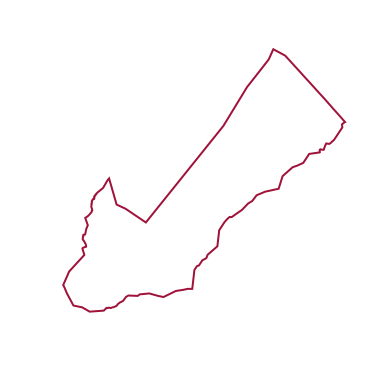 the district of Shinejinst, Bayanhongor, Mongolia, rotated 222°
{"feature_id": "93677404B41329539595641", "entity_name": "Shinejinst", "entity_type": "district", "adm_level": 2, "iso_a3": "MNG", "parent_name": "Mongolia", "parent_adm1": "Bayanhongor", "projection": "orthographic", "projection_center": [99.408, 43.736], "detail": "fine", "context": "isolated", "style": "outline", "palette": "rose", "viewbox_px": 384, "rotation_deg": 222, "n_neighbors": 0, "source": "geoboundaries", "source_scale": "gbopen_adm2", "svg_char_len": 3418}
<svg xmlns="http://www.w3.org/2000/svg" viewBox="0 0 384 384"><g transform="rotate(222 192 192)"><path d="M125.1,346.4L126.1,346.5L133.7,347.4L141.2,348.2L142.3,348.3L149.7,349.2L156.7,350.0L164.1,350.7L167.2,351.0L170.1,351.3L172.8,351.6L179.6,352.3L182.1,352.5L191.8,353.5L192.6,353.6L197.8,354.1L204.9,354.8L212.0,355.5L213.9,355.7L219.8,354.3L227.1,352.5L223.7,341.9L222.8,329.3L221.3,306.9L212.9,262.1L205.9,138.5L211.6,137.7L230.2,135.1L239.6,132.2L262.7,146.6L262.6,144.1L260.8,135.5L261.8,128.9L261.9,128.6L261.9,128.2L261.9,127.9L261.9,127.7L261.9,127.2L262.0,126.9L261.9,126.6L261.7,126.4L261.9,126.0L262.0,125.6L262.0,125.4L261.9,125.2L261.6,124.9L261.5,124.7L261.4,124.6L261.5,124.3L261.8,124.0L261.8,123.8L261.7,123.6L261.5,123.4L261.4,123.2L261.5,122.9L261.4,122.7L261.1,122.6L260.7,122.5L260.6,122.4L260.5,122.2L260.5,121.8L260.3,121.7L260.2,121.5L260.1,121.3L260.2,121.2L260.4,120.7L260.7,120.6L260.8,120.5L260.8,120.3L260.7,120.0L260.7,119.8L260.6,119.6L260.6,119.2L260.6,118.8L260.4,118.5L260.2,118.3L260.2,118.1L260.1,117.9L259.8,117.7L259.5,117.4L259.4,117.2L259.2,117.1L259.1,116.9L259.1,116.4L259.0,116.2L258.6,115.8L258.5,115.6L258.2,115.5L258.1,115.4L257.6,114.6L257.4,114.2L256.8,113.5L256.3,113.2L256.0,113.0L255.4,112.8L255.0,112.5L254.5,112.1L254.3,112.0L253.8,111.6L253.8,111.3L253.8,110.9L253.8,110.7L253.5,110.5L253.4,110.3L253.3,110.0L253.1,109.7L253.2,109.3L253.2,109.0L253.2,108.6L253.2,108.0L253.2,107.6L253.1,107.0L253.3,103.8L253.8,102.2L254.0,101.3L247.2,97.6L245.8,93.7L243.3,89.5L243.1,89.0L243.1,88.7L243.5,88.4L243.9,87.7L244.1,87.4L244.0,87.1L243.8,87.0L243.6,87.0L243.4,86.8L243.2,86.6L243.2,86.1L243.0,85.5L242.7,85.3L242.4,85.0L242.2,84.5L241.7,83.9L241.3,83.6L240.8,83.5L239.8,83.4L239.3,83.2L239.1,83.1L238.7,83.0L238.3,83.0L238.0,82.8L237.5,82.6L236.9,82.4L236.0,82.0L235.4,81.7L234.9,81.2L234.5,80.9L234.1,80.6L234.1,80.4L234.3,80.2L234.7,79.5L234.9,79.1L235.1,78.6L235.3,78.3L235.7,77.7L235.7,77.2L235.6,76.7L235.4,76.5L229.9,73.2L230.1,50.6L228.5,46.0L227.5,42.9L226.6,40.1L225.4,36.6L224.8,36.5L221.6,35.1L217.6,33.2L213.6,31.7L204.1,28.3L196.4,32.8L188.0,34.6L178.2,44.8L178.2,45.0L178.1,45.8L178.1,46.3L178.0,47.1L178.0,48.0L178.0,48.6L177.8,48.8L177.5,49.1L177.1,49.3L176.7,49.7L176.5,50.2L176.1,50.6L175.7,50.9L175.1,51.2L174.9,51.3L174.8,51.5L174.6,51.6L174.4,52.1L174.3,52.4L174.1,52.8L173.6,53.4L173.1,54.1L172.6,55.3L172.3,56.0L172.0,56.5L171.9,56.9L171.9,57.5L172.1,59.0L171.8,60.7L171.8,61.2L170.4,64.7L170.8,70.0L170.0,72.5L162.8,78.5L162.3,81.0L155.9,88.0L147.3,92.3L142.9,94.9L137.8,107.6L132.7,113.9L130.5,117.0L127.0,120.2L138.0,135.6L138.7,140.1L137.7,142.2L138.6,148.1L137.1,152.4L138.4,155.8L136.8,168.6L146.2,181.8L147.7,191.4L147.7,195.5L147.4,198.5L145.7,199.9L144.7,204.5L142.9,212.1L142.6,221.0L141.2,225.7L141.8,232.8L137.9,241.1L129.8,252.4L135.3,264.4L133.8,277.7L131.4,282.1L128.8,288.1L130.4,298.7L124.6,305.7L124.0,306.3L123.6,306.8L123.6,307.1L124.2,307.4L124.6,308.2L124.7,308.3L125.1,308.5L125.3,308.8L125.3,309.1L125.2,309.4L125.1,309.6L125.0,309.8L124.8,309.9L124.1,310.2L122.9,311.0L122.5,311.3L122.4,311.6L122.5,311.9L122.9,312.6L124.4,316.6L124.7,317.9L123.0,319.0L122.4,319.4L122.1,319.8L121.9,320.3L121.8,320.9L121.7,321.5L121.7,322.2L121.7,322.6L121.6,323.4L121.5,324.0L121.5,324.4L121.4,325.2L121.3,325.8L121.4,326.4L123.5,340.6L125.8,342.6L125.3,346.0L125.1,346.4Z" fill="none" stroke="#9f1239" stroke-width="2"/></g></svg>